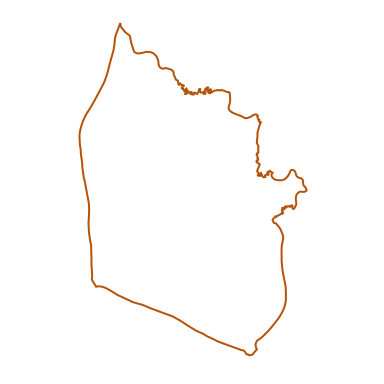 the district of Naxaithong, Vientiane [prefecture], Laos, rotated 21°
{"feature_id": "54806243B89658590845208", "entity_name": "Naxaithong", "entity_type": "district", "adm_level": 2, "iso_a3": "LAO", "parent_name": "Laos", "parent_adm1": "Vientiane [prefecture]", "projection": "natural_earth1", "projection_center": [102.482, 18.185], "detail": "fine", "context": "isolated", "style": "outline", "palette": "amber", "viewbox_px": 384, "rotation_deg": 21, "n_neighbors": 0, "source": "geoboundaries", "source_scale": "gbopen_adm2", "svg_char_len": 5919}
<svg xmlns="http://www.w3.org/2000/svg" viewBox="0 0 384 384"><g transform="rotate(21 192 192)"><path d="M309.0,315.8L307.0,313.6L305.9,311.5L305.8,309.5L306.0,307.5L308.2,304.3L309.7,301.8L313.1,294.1L315.0,288.8L318.0,279.1L318.7,275.7L319.3,271.7L319.5,268.2L319.5,265.6L318.7,260.6L317.8,257.7L316.1,253.3L313.7,247.5L311.8,244.2L306.3,235.6L304.0,231.6L300.7,225.0L296.0,213.0L295.1,210.1L293.6,201.9L291.6,198.9L287.3,194.5L281.9,191.3L281.4,191.3L280.0,191.5L279.5,191.4L278.9,190.8L277.6,189.9L277.3,188.8L277.4,188.0L277.7,187.1L278.0,186.8L278.5,185.6L278.5,184.9L278.8,184.8L279.1,185.2L279.4,185.3L279.6,184.6L280.0,183.9L280.5,183.4L280.9,183.2L281.1,182.7L282.2,181.6L282.6,180.8L283.0,180.4L283.2,180.0L283.5,180.1L283.8,179.8L284.3,179.9L284.5,179.7L284.2,178.9L283.9,178.7L284.0,178.5L284.3,178.4L284.3,178.2L283.6,178.1L283.0,177.8L282.2,176.0L282.3,175.5L282.5,175.4L282.9,175.9L283.1,175.9L283.3,175.2L284.3,175.0L284.3,174.7L284.1,174.6L283.0,174.3L282.8,174.2L283.3,174.0L284.2,173.5L284.0,172.5L284.1,172.2L284.5,172.5L284.8,173.3L285.1,173.3L285.5,172.3L285.5,171.8L285.9,171.8L286.2,171.6L286.3,171.0L287.0,170.7L287.8,170.8L288.3,170.6L288.8,170.7L288.9,170.4L288.6,169.9L288.7,169.7L289.1,169.6L289.5,168.9L290.0,168.7L290.7,168.8L290.9,170.0L291.5,171.0L291.9,171.3L292.7,171.4L293.4,171.0L293.4,169.9L293.8,167.0L293.7,166.2L293.2,164.7L291.7,162.1L290.9,159.6L290.6,158.3L290.6,157.1L290.8,156.0L291.8,154.0L292.5,153.2L293.4,152.7L296.6,151.7L297.5,151.0L298.2,150.0L298.3,149.2L297.4,147.9L296.6,147.3L294.5,146.2L293.5,145.5L293.0,144.9L292.1,142.8L291.4,141.4L290.2,140.4L289.3,140.2L288.5,140.2L287.6,140.4L286.4,140.4L285.4,140.2L284.6,139.9L284.0,139.6L283.4,139.1L281.1,136.2L280.3,135.6L278.9,135.2L278.0,135.3L277.1,135.7L276.7,136.0L276.4,136.9L276.1,141.4L275.4,144.0L274.3,146.3L273.6,147.2L271.9,148.7L270.3,149.4L267.1,150.4L265.7,150.6L264.5,150.6L263.4,150.3L262.3,150.0L260.5,148.5L260.0,147.4L260.2,145.8L260.4,145.2L258.3,144.7L257.8,144.8L257.5,145.0L257.3,144.9L257.2,144.4L256.9,144.4L256.7,144.7L256.5,145.3L256.2,145.6L256.4,146.3L255.8,146.1L255.5,146.1L255.4,146.2L255.6,146.8L255.6,147.3L255.9,147.4L256.7,147.3L257.1,147.8L257.0,148.6L256.0,149.0L255.4,148.9L255.1,149.4L254.4,149.9L254.3,150.9L255.0,151.8L253.8,152.6L252.9,152.4L252.1,152.1L251.6,151.6L251.3,150.9L250.3,150.6L249.7,149.6L249.3,150.1L249.2,151.0L249.3,151.5L249.8,152.4L248.1,153.1L247.9,153.0L247.4,152.7L247.5,152.1L248.1,152.0L248.2,151.8L247.9,151.3L247.5,151.1L247.3,150.4L246.5,150.1L246.3,149.8L245.8,149.4L245.5,149.4L245.2,148.4L245.2,146.1L245.5,144.9L245.3,143.9L245.4,142.7L245.3,142.1L245.0,141.6L244.2,141.7L243.3,141.0L242.3,141.2L241.5,140.8L241.2,140.4L241.2,139.9L241.8,139.2L242.2,138.1L242.0,137.8L241.4,137.7L241.0,137.5L241.1,137.2L241.3,137.0L241.1,136.5L241.2,136.4L241.2,136.1L240.8,135.9L240.3,135.2L239.5,134.8L239.1,134.2L239.3,133.3L238.8,133.1L238.8,132.8L239.4,132.7L239.6,132.4L239.7,131.4L239.7,131.1L239.2,130.3L239.1,129.2L238.3,128.4L237.8,125.7L234.8,122.8L233.4,117.4L231.8,112.8L231.2,105.9L231.2,104.9L231.3,104.2L230.9,103.7L231.4,102.6L231.0,102.0L230.2,102.5L229.5,102.0L229.2,102.0L228.8,101.8L229.0,100.5L228.8,100.3L228.0,100.4L227.4,100.1L226.7,99.0L225.8,98.1L225.8,97.6L226.1,97.2L224.4,96.5L223.4,96.8L221.9,97.9L220.1,100.4L217.3,103.1L214.9,104.1L211.8,103.5L201.9,103.5L198.7,102.8L197.0,101.9L195.9,100.0L195.3,94.2L194.3,91.4L191.6,85.9L190.2,85.5L189.2,86.1L185.6,86.0L183.1,86.2L180.8,87.5L179.4,87.6L178.1,88.6L177.0,89.1L176.1,89.9L174.9,91.7L173.4,93.3L172.7,93.5L171.9,93.5L171.3,93.0L171.3,92.4L171.9,92.1L172.6,92.2L173.3,91.9L173.5,91.2L173.1,89.6L172.7,89.4L172.4,89.5L171.9,90.0L171.8,91.2L169.9,91.6L169.5,91.1L169.8,89.6L169.6,88.7L169.1,88.7L168.8,88.8L167.5,91.4L167.6,92.1L168.0,92.8L168.4,93.1L168.9,94.1L169.2,95.6L168.8,96.0L167.7,96.2L167.4,95.8L167.4,94.3L167.0,94.2L165.9,95.4L165.3,95.7L164.8,96.0L164.3,95.9L163.9,95.5L163.1,94.3L163.0,93.3L162.6,92.9L162.2,93.0L161.8,93.5L161.8,94.4L162.4,95.7L162.3,96.0L162.1,96.1L162.2,96.9L161.8,97.5L161.8,98.5L161.5,98.7L161.0,98.7L159.9,98.3L159.4,98.2L159.0,98.6L158.6,98.5L158.3,98.6L158.3,99.0L158.8,99.3L158.7,100.3L158.4,100.5L157.6,100.8L156.3,100.9L155.8,100.9L156.1,99.5L156.1,99.0L155.8,98.8L155.4,98.9L154.6,100.0L153.5,100.6L152.6,99.2L151.9,99.4L151.7,100.8L151.7,102.3L151.3,102.7L150.4,102.9L150.2,101.8L150.7,100.4L150.7,99.1L150.5,98.2L149.6,97.5L149.1,98.3L148.9,100.0L148.7,100.4L148.4,100.5L147.9,99.8L146.8,99.2L146.6,98.8L145.4,99.0L145.1,98.5L145.1,98.0L145.4,97.4L145.6,97.2L146.0,96.5L146.3,95.8L146.2,95.5L145.9,95.4L144.8,95.6L143.7,95.9L143.3,95.8L142.7,95.2L142.0,94.8L141.7,95.1L141.5,95.8L141.3,95.9L141.2,96.5L140.8,96.3L140.4,95.6L139.7,94.8L139.1,93.4L138.8,93.1L137.7,93.0L137.2,92.8L136.4,92.8L135.5,91.4L133.1,89.3L132.4,88.2L132.0,86.8L130.1,85.6L129.1,85.3L125.2,85.4L122.8,85.8L120.9,87.3L118.6,87.5L116.5,86.6L114.9,84.5L113.3,81.2L110.0,77.9L106.1,76.3L102.9,76.3L99.1,77.5L96.1,79.7L93.2,81.5L90.4,82.3L87.8,81.9L85.9,79.7L82.0,74.8L78.0,68.5L72.5,66.7L67.1,63.7L66.0,62.7L64.5,60.0L64.6,73.1L65.1,76.4L66.8,82.3L67.9,87.8L69.4,103.0L70.3,110.3L70.6,114.4L70.7,120.3L70.3,124.9L68.5,139.4L67.1,149.1L65.7,155.7L65.1,159.7L64.8,165.6L65.0,170.6L65.8,176.0L66.6,179.3L68.3,183.3L70.5,188.2L72.8,192.1L74.2,195.4L79.0,204.2L81.2,209.0L85.7,217.2L88.2,220.7L99.4,238.9L101.0,242.3L102.6,246.1L104.3,251.1L106.6,258.3L110.1,266.2L114.1,273.6L116.8,277.7L121.9,290.0L124.8,297.3L128.8,305.8L129.8,309.2L129.9,309.7L133.0,312.2L136.4,314.7L136.5,314.5L139.8,313.1L142.5,312.6L145.5,312.5L152.0,313.4L159.2,314.8L176.7,316.0L186.1,315.1L195.1,315.4L218.6,315.1L227.6,316.4L235.8,318.2L245.4,320.0L253.4,320.4L257.9,321.3L265.0,321.7L270.2,322.3L294.7,321.9L296.5,321.5L297.6,321.5L301.2,324.0L302.0,323.6L302.5,323.6L303.6,323.9L304.4,323.8L306.8,322.0L308.0,318.0L309.0,315.8Z" fill="none" stroke="#b45309" stroke-width="2"/></g></svg>